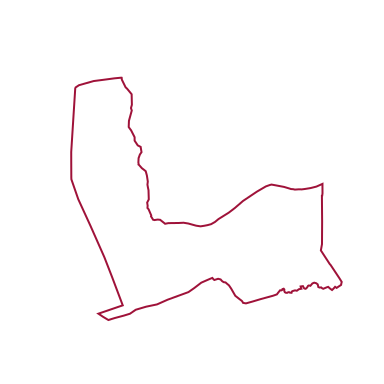 outline of Al Fashaga, Gedarif, Sudan, rotated 342°
{"feature_id": "16777658B79230518314977", "entity_name": "Al Fashaga", "entity_type": "district", "adm_level": 2, "iso_a3": "SDN", "parent_name": "Sudan", "parent_adm1": "Gedarif", "projection": "orthographic", "projection_center": [36.017, 14.347], "detail": "fine", "context": "isolated", "style": "outline", "palette": "rose", "viewbox_px": 384, "rotation_deg": 342, "n_neighbors": 0, "source": "geoboundaries", "source_scale": "gbopen_adm2", "svg_char_len": 2803}
<svg xmlns="http://www.w3.org/2000/svg" viewBox="0 0 384 384"><g transform="rotate(342 192 192)"><path d="M86.4,126.2L81.7,140.9L81.2,142.7L81.6,163.7L85.0,192.9L88.5,227.0L89.7,247.9L91.1,278.4L65.4,278.8L67.6,281.6L68.5,282.8L69.7,284.2L72.9,287.9L79.6,288.0L89.0,288.5L95.4,288.6L102.1,286.6L113.0,286.9L124.0,288.1L135.5,286.9L157.7,286.1L164.3,284.1L172.8,281.1L177.7,280.6L181.9,280.2L184.8,280.0L185.5,281.8L186.1,282.6L187.5,282.6L190.0,282.6L192.2,284.0L193.0,285.9L194.2,287.5L196.0,288.4L196.9,290.0L198.3,292.2L199.4,296.0L201.1,304.1L204.1,308.6L205.5,310.6L205.9,311.3L206.1,312.1L206.3,313.2L207.4,313.8L208.9,314.6L215.9,314.9L224.4,315.1L237.1,315.7L241.1,315.6L242.8,314.4L245.4,312.7L246.7,313.2L247.5,313.0L248.0,312.3L249.3,312.3L249.7,313.2L249.2,314.4L249.3,316.0L250.2,316.9L251.4,317.3L252.2,317.1L253.3,317.2L253.9,317.9L255.5,318.6L256.2,317.5L257.4,317.3L259.6,317.4L261.2,318.3L263.6,317.5L266.1,317.8L266.0,316.8L266.1,315.4L268.4,315.8L268.6,317.0L268.9,318.3L269.9,319.1L270.9,319.0L272.4,318.0L273.4,317.1L274.3,317.0L275.6,317.8L278.2,316.2L279.0,316.1L280.2,316.0L282.0,317.2L283.0,318.7L282.9,320.1L282.8,321.5L284.0,322.4L285.3,322.6L285.9,323.6L286.9,324.6L290.7,324.3L292.2,324.3L293.5,326.6L294.9,328.5L296.6,327.7L298.8,326.4L299.9,327.9L302.3,327.2L304.9,326.5L305.1,326.4L305.9,324.9L306.6,323.8L305.5,319.4L301.2,304.0L300.8,303.3L296.5,287.4L299.5,281.8L306.5,260.7L314.4,235.7L314.7,235.7L315.7,233.6L317.9,226.7L318.6,224.6L312.0,225.3L306.0,224.9L300.2,224.0L297.1,223.4L294.9,222.6L294.6,222.5L290.6,221.5L289.1,220.6L287.1,219.8L285.3,218.5L281.1,215.6L273.8,211.6L269.9,209.5L269.5,209.5L268.6,209.4L268.1,209.4L264.0,209.5L253.9,211.7L237.7,216.3L227.7,220.5L220.6,223.0L208.9,225.9L204.6,227.6L200.2,228.5L196.5,228.3L193.2,227.9L189.5,227.3L185.9,225.5L185.2,225.1L178.7,220.8L174.4,218.6L169.9,217.4L159.9,214.3L156.6,213.9L156.5,213.7L153.1,208.6L150.8,207.6L147.6,207.1L146.4,206.3L146.4,206.2L145.5,202.5L145.6,202.4L146.0,201.7L145.4,195.2L145.3,194.8L144.7,193.4L145.6,191.3L145.6,191.2L146.1,188.2L148.5,185.8L148.6,185.7L151.2,176.8L151.2,176.7L151.5,174.0L151.9,171.2L153.2,168.4L154.2,162.3L154.4,158.0L154.4,157.9L153.3,156.2L151.7,153.9L149.8,149.5L149.7,149.4L149.8,149.3L150.1,147.6L150.1,147.4L151.7,143.2L151.9,143.0L153.9,140.4L154.1,140.2L156.3,138.5L157.1,133.2L154.8,130.9L153.3,125.5L153.3,125.4L154.3,122.3L154.3,122.2L154.3,121.8L153.1,114.3L153.0,114.1L152.9,113.9L151.9,110.8L151.9,110.6L154.0,104.9L154.1,104.7L159.9,95.9L159.9,93.3L161.7,90.6L161.8,90.4L164.8,80.4L164.7,80.1L162.3,74.0L162.2,73.7L161.2,71.9L160.0,63.5L160.0,63.4L160.4,61.6L160.0,61.4L153.2,59.9L142.3,57.9L132.8,56.1L117.5,55.5L113.3,56.7L113.1,56.6L113.3,56.6L113.2,56.8L89.5,116.6L86.4,126.2Z" fill="none" stroke="#9f1239" stroke-width="2"/></g></svg>